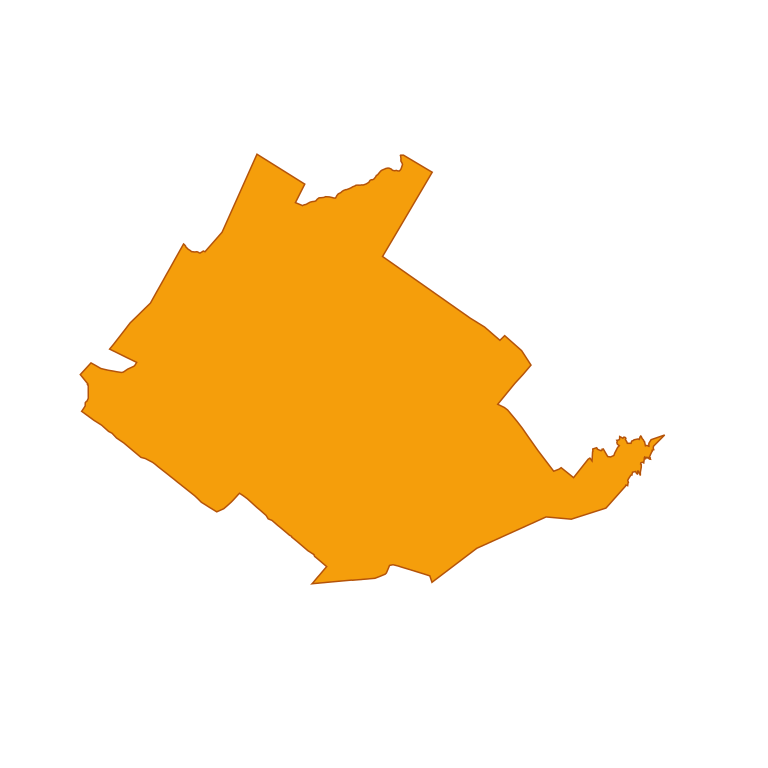 outline of Rayón, Chiapas, Mexico, rotated 299°
{"feature_id": "50627088B72568920303680", "entity_name": "Rayón", "entity_type": "district", "adm_level": 2, "iso_a3": "MEX", "parent_name": "Mexico", "parent_adm1": "Chiapas", "projection": "robinson", "projection_center": [-92.989, 17.185], "detail": "fine", "context": "isolated", "style": "filled", "palette": "amber", "viewbox_px": 768, "rotation_deg": 299, "n_neighbors": 0, "source": "geoboundaries", "source_scale": "gbopen_adm2", "svg_char_len": 5139}
<svg xmlns="http://www.w3.org/2000/svg" viewBox="0 0 768 768"><g transform="rotate(299 384 384)"><path d="M213.5,132.8L211.6,148.0L211.1,156.9L209.0,166.1L209.1,170.0L207.1,176.2L206.3,185.0L202.0,207.0L203.1,211.4L203.3,219.7L202.9,222.7L202.2,226.2L201.4,231.1L200.6,236.1L199.8,241.0L199.7,241.3L199.0,245.9L198.1,250.8L197.3,255.8L197.2,256.2L196.3,261.6L195.4,267.1L194.5,272.5L193.4,276.8L192.0,281.6L191.8,286.1L191.5,290.7L191.3,295.2L191.1,299.7L197.2,304.3L201.8,306.0L206.5,307.6L209.8,308.5L215.3,309.8L215.9,309.9L218.4,310.6L218.0,315.7L217.9,315.9L217.4,320.0L214.4,332.7L213.5,337.4L212.7,341.0L211.9,344.6L209.9,348.1L210.4,352.1L208.8,359.6L208.6,360.9L207.9,364.7L207.0,369.3L205.9,374.7L206.0,376.6L205.8,377.2L205.4,377.4L204.2,384.1L201.3,398.2L200.8,405.6L200.4,405.8L199.5,407.0L199.4,408.1L199.2,409.0L198.4,413.1L197.5,417.5L196.5,422.4L193.3,421.7L187.1,420.5L186.0,420.3L183.0,419.6L178.9,418.8L176.0,418.3L174.4,417.9L174.9,418.6L180.3,426.5L181.5,428.3L182.7,430.0L185.9,434.7L196.7,450.6L197.0,451.4L200.8,457.1L201.0,457.4L201.8,458.7L202.7,459.9L205.6,464.3L206.6,465.7L207.6,467.2L208.4,468.4L209.7,470.3L213.9,473.8L218.2,477.2L218.5,477.3L219.9,477.7L224.7,477.2L228.0,476.8L230.3,479.5L231.7,484.7L232.2,487.4L233.8,494.8L237.2,511.0L238.4,517.1L233.8,522.1L285.3,544.8L346.3,590.2L356.6,613.4L357.6,614.3L383.1,638.3L411.6,644.7L412.9,644.6L413.2,646.4L415.8,645.4L416.4,645.5L416.5,645.4L417.6,644.1L417.9,643.9L419.5,643.8L423.9,644.1L424.7,645.0L425.2,644.7L426.8,644.3L427.3,644.1L429.4,646.4L428.3,648.1L428.1,648.9L428.1,649.3L428.5,649.4L430.7,648.1L431.1,648.3L430.3,650.0L429.1,651.5L428.6,652.2L428.8,652.3L431.1,651.0L436.1,649.3L438.2,648.1L438.4,647.2L439.7,646.9L440.9,648.0L440.9,649.4L445.1,647.8L445.5,647.5L446.6,647.4L446.6,647.8L445.7,649.1L447.0,649.1L447.2,651.1L447.6,650.9L447.4,651.9L447.0,652.5L447.4,653.5L447.8,653.0L448.5,652.7L448.6,651.6L450.7,651.4L451.1,651.3L454.4,651.1L455.4,651.2L456.0,650.6L457.3,651.8L458.5,650.5L460.3,649.9L475.5,654.2L470.7,649.9L464.8,644.6L462.1,644.5L461.1,644.4L460.1,644.6L457.9,645.9L457.8,645.6L457.9,644.3L457.4,643.2L456.7,642.6L459.3,640.3L459.5,640.2L459.8,639.9L459.8,639.5L460.8,638.0L461.0,637.6L461.1,637.1L461.4,636.3L462.0,635.5L462.6,634.7L462.9,634.0L463.0,633.8L462.7,633.7L461.9,633.6L459.2,634.1L459.1,633.8L459.1,632.9L458.8,632.5L456.4,629.7L455.6,629.5L454.1,628.3L451.9,628.8L450.1,625.6L451.3,624.2L452.4,622.1L453.8,621.9L454.2,620.9L453.9,619.6L452.3,619.2L452.4,617.6L452.3,615.6L449.9,616.8L449.5,616.8L448.4,616.0L447.6,614.9L447.1,615.7L445.6,616.1L444.5,617.3L444.1,619.7L441.8,619.1L435.4,619.3L432.9,619.7L430.0,617.5L429.0,614.8L433.5,607.3L432.6,606.3L431.9,606.7L431.2,606.5L430.8,606.0L430.9,605.3L430.6,604.8L430.6,603.7L430.4,602.2L431.1,601.6L431.3,600.8L428.4,598.1L426.3,599.4L425.8,599.3L417.5,603.3L417.6,603.0L418.8,600.6L419.0,600.0L417.1,599.0L394.0,595.2L396.7,579.5L394.4,578.4L390.0,574.7L398.6,555.1L400.3,551.2L405.1,541.3L407.8,535.7L412.1,527.0L412.4,526.4L415.9,518.3L421.2,504.7L421.8,500.7L421.4,493.3L443.9,497.4L448.2,498.2L459.8,501.0L471.8,503.4L479.9,488.2L484.8,466.1L478.4,464.2L482.6,444.3L483.4,427.5L494.8,320.9L527.3,321.8L592.6,323.5L592.7,319.1L593.6,290.1L592.2,287.6L591.9,287.5L591.0,288.4L590.2,288.9L589.3,289.6L588.0,290.2L587.0,290.9L586.3,292.2L585.8,292.9L584.9,293.8L583.9,294.0L583.7,294.0L582.3,294.3L580.2,294.6L578.8,294.5L577.6,294.0L577.0,292.5L576.8,291.2L575.7,290.0L575.0,287.8L575.5,286.3L575.3,284.0L574.8,282.8L573.4,281.1L572.4,280.4L570.0,278.5L568.7,277.9L566.3,277.4L565.2,277.2L563.9,277.0L563.4,276.7L562.7,276.2L561.3,276.3L560.0,276.1L558.1,275.7L557.0,274.8L556.6,274.0L555.6,273.2L554.3,273.0L553.3,273.0L552.2,272.5L550.3,271.4L548.7,270.0L548.1,269.5L547.7,268.8L547.1,267.6L546.4,266.9L544.8,263.9L544.0,262.9L543.2,262.6L542.6,262.1L541.3,261.0L539.7,260.1L537.8,258.7L537.0,258.0L535.8,257.0L535.5,256.4L533.8,254.9L532.2,254.0L530.4,253.4L528.1,251.8L525.8,251.4L523.2,251.5L522.7,250.7L522.2,249.5L522.1,248.8L521.8,247.7L521.1,245.4L519.5,242.1L518.0,240.9L516.8,239.2L515.3,236.9L513.2,236.0L511.1,235.6L510.0,234.6L508.8,232.9L507.3,231.3L504.7,229.6L503.4,228.9L502.0,227.3L500.4,226.1L500.5,225.7L499.7,218.6L520.4,217.8L523.4,161.5L438.3,168.8L412.9,163.3L412.7,161.5L411.0,160.6L409.3,159.6L409.1,158.5L409.2,157.6L409.0,156.2L408.5,155.6L407.5,154.1L407.1,152.9L406.5,151.6L406.8,149.8L406.9,148.0L407.0,147.0L407.6,145.2L407.8,144.2L408.5,143.5L408.7,142.8L409.1,142.0L409.3,140.8L392.3,140.7L391.3,140.7L382.2,140.7L373.6,140.6L365.1,140.6L353.6,140.5L351.7,140.5L341.5,140.5L334.3,138.3L323.1,135.0L319.2,133.8L314.6,132.4L310.1,131.7L307.9,131.4L302.1,130.5L299.5,130.1L293.8,129.2L287.4,128.2L286.9,128.1L281.5,127.1L282.4,146.0L283.0,157.2L282.7,157.2L282.4,157.2L279.1,157.0L277.9,156.4L272.9,152.7L268.0,150.2L266.8,148.8L265.1,144.2L264.0,140.8L262.3,136.0L261.1,131.8L260.3,128.8L260.4,123.0L260.4,117.9L260.4,117.5L245.0,113.8L240.4,125.1L239.7,124.9L239.2,126.1L228.1,132.3L224.9,132.5L224.4,132.1L222.8,131.8L219.9,133.3L215.5,133.0L213.5,132.8Z" fill="#f59e0b" stroke="#b45309" stroke-width="1.5"/></g></svg>